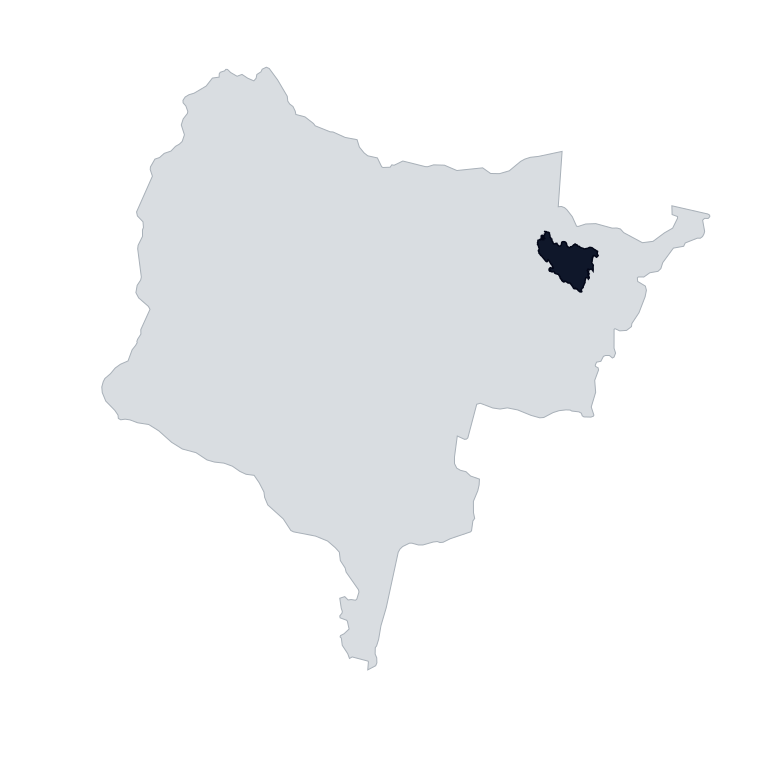 location of Mitwaba, Katanga, Democratic Republic of the Congo, rotated 283°
{"feature_id": "63176286B64695958976401", "entity_name": "Mitwaba", "entity_type": "district", "adm_level": 2, "iso_a3": "COD", "parent_name": "Democratic Republic of the Congo", "parent_adm1": "Katanga", "projection": "mercator", "projection_center": [27.057, -9.113], "detail": "fine", "context": "in_parent", "style": "filled", "palette": "ink", "viewbox_px": 768, "rotation_deg": 283, "n_neighbors": 0, "source": "geoboundaries", "source_scale": "gbopen_adm2", "svg_char_len": 9413}
<svg xmlns="http://www.w3.org/2000/svg" viewBox="0 0 768 768"><g transform="rotate(283 384 384)"><path d="M650.7,505.2L595.9,513.9L596.9,517.0L596.4,520.3L595.0,522.9L589.4,529.8L581.1,536.1L581.1,537.6L585.3,544.6L587.9,554.3L587.2,571.3L588.4,575.9L588.2,579.5L585.4,583.5L579.8,604.0L583.5,614.0L594.4,623.3L600.8,630.2L611.5,632.7L613.2,632.4L613.9,626.6L622.4,624.4L622.5,661.3L621.8,663.3L620.3,663.8L618.2,662.6L617.5,659.1L615.3,657.6L604.8,662.1L602.2,662.0L599.3,661.2L597.2,659.4L596.6,656.5L589.2,645.8L585.6,645.0L581.5,635.4L565.0,628.3L558.7,627.8L555.4,625.6L552.2,618.0L546.7,613.1L545.5,607.7L544.4,607.0L541.0,608.1L538.2,616.6L534.4,618.6L527.7,618.8L510.8,616.4L498.7,611.9L495.6,612.2L490.8,608.3L488.8,601.7L489.9,596.6L489.0,595.9L470.6,600.1L466.2,602.7L462.0,602.1L460.7,600.7L462.5,597.2L461.6,593.4L460.3,591.6L454.9,590.2L453.1,586.2L449.8,585.6L448.7,586.2L447.9,589.0L445.9,589.9L434.9,588.5L423.5,592.1L408.2,591.1L400.9,595.5L399.8,595.3L398.3,593.1L396.9,586.2L397.6,584.3L399.9,582.9L400.7,580.2L399.9,573.0L400.5,571.3L399.7,567.1L397.4,560.6L394.2,555.2L387.3,547.2L386.1,543.4L386.5,534.4L388.8,520.1L388.5,509.6L385.7,502.7L385.1,495.4L386.9,482.1L385.1,478.9L350.4,477.8L348.9,476.8L348.2,475.0L349.8,467.1L328.7,469.1L322.3,470.6L318.4,473.8L317.1,477.9L317.0,483.6L313.8,489.1L312.8,498.4L307.0,499.4L301.1,499.4L289.8,497.5L278.8,500.1L273.4,502.6L270.6,501.4L260.7,502.3L259.4,501.6L248.1,483.3L243.1,477.2L242.1,474.2L242.5,471.4L241.1,467.5L235.9,458.1L234.9,453.8L235.2,446.9L234.6,444.6L229.8,438.7L226.7,436.7L223.2,435.7L166.5,436.5L147.7,435.4L134.0,436.2L127.1,435.7L125.2,434.8L118.9,436.1L115.6,438.5L110.7,439.8L107.7,439.3L101.8,432.5L109.8,431.3L110.4,430.7L110.9,414.4L108.8,412.1L113.1,409.3L120.0,402.1L126.8,399.6L127.7,398.1L129.1,398.2L131.6,401.2L137.4,405.1L144.6,401.7L145.4,400.7L146.3,393.8L148.1,393.1L151.2,394.6L152.9,394.6L156.1,392.7L165.3,389.1L168.0,393.6L165.5,397.6L166.6,400.5L166.9,404.9L168.4,405.9L175.7,406.4L177.8,405.4L192.2,389.4L196.0,387.5L202.1,381.2L210.1,378.3L213.6,373.3L218.3,364.4L220.4,351.5L219.6,329.2L220.3,326.2L229.9,316.2L240.0,298.0L246.7,293.2L251.8,291.3L259.6,284.7L265.8,278.0L265.0,269.9L266.4,263.3L269.8,254.8L270.9,245.8L269.8,236.3L270.2,228.6L274.8,216.3L275.3,202.1L279.4,190.2L287.7,175.1L291.6,163.8L290.8,152.7L291.9,144.5L291.5,139.7L289.9,135.5L290.7,132.9L293.9,131.8L297.8,127.6L304.8,116.7L312.3,111.4L317.6,109.7L323.1,109.9L326.6,110.8L332.4,115.1L339.1,118.5L344.0,122.8L348.9,129.4L360.7,130.9L365.7,133.3L368.8,134.2L369.9,133.6L372.3,133.9L377.9,135.9L382.3,134.8L404.1,139.2L406.6,137.0L412.7,125.6L417.2,121.7L424.6,121.3L430.5,123.5L433.6,123.5L460.3,113.6L463.8,113.2L473.5,115.5L479.8,114.0L482.4,114.4L487.8,112.7L492.3,105.9L496.0,104.2L534.4,111.6L540.3,108.0L543.0,107.6L551.6,110.2L554.2,114.4L559.3,118.0L563.0,124.0L568.7,127.4L571.6,130.6L574.9,132.8L581.9,133.5L590.8,128.2L597.1,128.7L603.4,131.6L605.5,131.5L610.3,128.4L612.8,125.0L615.2,124.3L618.9,125.7L622.0,128.9L624.6,133.5L634.3,143.7L643.5,148.0L645.9,154.3L649.2,153.7L650.9,154.3L653.3,158.3L655.0,159.1L655.3,160.7L653.0,164.5L650.8,171.6L653.7,176.0L651.3,182.4L650.1,189.0L653.1,190.6L657.0,190.5L660.5,193.9L663.3,194.5L666.2,198.1L665.6,201.2L656.4,211.9L642.6,225.0L638.0,226.6L635.6,229.1L633.9,232.9L629.9,236.1L626.8,237.5L626.5,246.9L621.9,256.8L620.1,258.8L617.6,274.8L618.1,277.6L615.5,290.7L616.0,302.8L609.3,306.7L604.7,312.6L602.7,316.8L602.8,326.7L595.2,332.8L594.7,334.2L596.6,341.2L599.3,342.3L599.4,344.6L605.5,352.2L605.1,375.3L605.5,377.6L608.7,383.1L610.8,393.6L608.4,407.0L616.8,431.5L613.1,440.5L614.9,449.1L619.9,458.1L631.6,467.0L634.8,470.6L637.8,475.6L640.5,483.3L650.7,505.2Z" fill="#d9dde1" stroke="#a8b0b8" stroke-width="1"/><path d="M519.9,548.6L520.4,548.7L520.5,548.9L520.5,549.0L520.0,549.5L519.8,549.7L519.8,550.1L520.1,550.6L520.1,550.9L519.5,551.4L518.7,552.3L518.5,552.6L518.5,553.1L517.9,554.0L517.9,554.6L518.0,554.8L518.0,555.3L518.2,555.7L518.4,555.9L518.9,555.9L519.0,555.7L519.2,555.1L519.4,555.0L520.7,555.0L520.9,555.2L521.3,555.4L521.9,555.5L522.6,556.2L522.8,556.3L523.2,556.3L523.9,556.1L524.2,556.1L525.3,556.5L526.2,556.5L526.6,556.7L527.3,556.7L527.5,556.9L527.8,557.0L528.4,557.0L529.2,556.7L532.9,556.7L533.1,556.9L533.2,557.4L533.2,558.7L532.9,559.0L532.2,559.5L532.4,559.6L532.6,559.5L532.9,559.7L533.0,559.9L533.4,560.1L533.6,560.1L533.8,560.0L534.0,560.0L534.4,559.7L534.6,559.7L534.8,559.5L534.8,559.0L535.2,558.8L535.4,558.7L535.5,558.7L535.8,558.9L536.1,558.7L536.2,558.9L536.3,558.9L536.2,558.3L536.3,558.2L536.5,558.4L536.9,558.7L536.9,558.3L537.1,558.3L537.4,558.4L537.6,558.6L537.7,558.3L537.9,558.4L537.9,558.1L538.1,558.0L538.4,558.1L538.6,557.8L538.8,558.0L539.2,558.0L539.1,557.9L539.3,557.8L539.4,557.5L539.8,557.6L539.9,557.4L540.1,556.9L540.3,557.0L540.4,556.8L540.6,557.0L541.0,556.7L541.4,556.7L541.7,556.8L541.9,557.0L541.8,557.3L541.5,557.8L541.6,558.4L541.6,558.6L541.9,558.9L542.2,559.1L542.6,560.1L542.6,560.4L541.9,561.4L541.1,562.3L542.4,562.1L545.4,561.3L546.4,561.3L547.2,560.9L548.3,559.5L548.8,559.2L549.6,559.0L550.6,559.2L551.8,558.9L552.9,559.0L553.4,558.8L553.5,558.7L553.8,558.5L554.1,558.6L554.5,559.0L554.8,559.1L555.5,559.1L555.9,559.1L556.1,559.1L556.4,559.6L556.6,560.1L556.4,560.6L556.0,560.9L556.1,561.6L555.4,562.2L555.3,562.4L555.5,562.7L556.3,563.3L557.3,563.8L558.7,562.5L559.8,562.3L560.9,562.3L561.2,562.3L561.4,562.2L561.6,560.8L562.2,559.9L562.2,559.2L562.9,557.6L563.6,556.0L563.5,554.0L563.2,553.3L562.1,552.1L560.9,549.3L560.5,548.8L561.0,547.4L561.0,546.2L561.2,544.6L562.0,543.4L562.0,542.6L561.8,542.3L561.8,542.0L562.0,541.6L562.3,541.5L562.9,540.9L563.0,540.6L562.9,539.4L563.4,539.1L563.4,538.6L562.8,538.4L562.4,537.9L562.2,537.4L561.9,537.4L561.5,537.2L560.7,536.5L560.4,536.4L560.0,536.0L559.8,535.3L559.7,534.9L558.8,534.5L558.5,534.0L558.9,532.6L559.5,531.6L560.3,530.9L561.9,530.2L562.8,529.4L563.2,528.4L563.2,527.6L563.0,526.5L562.6,525.7L562.1,525.4L561.6,525.3L559.9,525.5L559.0,525.3L558.3,524.9L557.8,524.4L557.9,523.1L558.4,522.4L558.9,521.5L559.2,521.2L559.9,520.9L559.8,520.0L559.7,519.8L559.4,519.5L559.3,519.2L559.0,518.9L558.8,518.4L558.8,517.8L558.8,517.6L559.0,517.4L559.4,517.2L559.7,516.9L559.9,516.6L560.7,516.3L561.0,515.9L561.2,515.5L561.4,515.3L561.8,515.3L563.0,514.9L563.1,514.1L563.3,513.9L563.8,513.7L564.1,513.4L564.3,512.9L564.8,512.6L565.6,512.4L566.7,511.9L566.9,511.6L567.3,511.6L568.1,511.1L568.4,511.1L568.4,510.9L568.6,510.7L568.8,510.4L568.8,509.8L568.6,508.8L568.8,508.5L569.0,507.7L568.8,507.4L568.8,506.7L568.9,506.4L568.8,506.2L568.7,506.2L568.4,506.6L568.4,507.1L568.3,507.3L568.1,507.5L566.4,507.2L566.2,506.7L566.0,506.8L565.5,506.9L564.9,506.7L564.3,506.7L564.3,506.4L564.4,506.2L564.5,505.6L564.5,504.8L564.1,504.9L563.9,505.3L563.6,505.5L563.4,505.9L562.9,506.4L562.6,507.4L562.3,507.7L561.9,508.0L561.7,507.8L562.2,506.6L562.1,506.4L561.8,506.4L561.4,506.7L561.0,506.8L561.3,506.3L561.9,505.6L563.1,504.6L563.9,504.2L564.4,503.7L564.0,503.9L563.0,504.0L562.2,504.2L561.4,504.4L560.3,505.4L560.3,505.1L560.3,504.8L560.5,504.0L560.4,503.9L559.8,504.1L559.6,503.8L559.8,503.5L559.8,503.3L559.6,502.9L558.7,502.2L558.6,501.7L558.0,501.8L557.6,501.8L557.1,502.0L556.2,501.8L555.4,502.4L554.9,502.6L554.6,502.6L554.5,502.3L554.0,502.7L553.7,503.1L553.4,503.4L553.1,503.5L552.4,503.8L552.2,503.9L551.2,504.6L550.5,504.9L549.8,504.9L549.6,504.9L549.5,504.6L549.3,504.5L549.0,504.6L548.8,504.4L548.7,504.4L548.1,504.8L547.9,504.8L547.5,505.1L547.5,505.3L547.1,505.5L546.3,505.6L546.0,506.2L545.4,506.9L544.8,507.5L544.5,507.9L544.6,508.1L544.3,508.6L541.3,512.5L540.1,514.0L539.8,514.8L539.8,515.3L540.0,515.5L541.1,515.8L541.8,515.6L542.1,515.8L542.2,516.0L541.8,516.4L541.7,516.5L541.2,516.8L540.8,517.6L540.6,517.7L538.9,519.3L538.7,519.4L538.4,519.8L538.4,520.2L538.3,520.4L537.9,520.8L537.4,521.0L536.9,521.5L536.5,521.7L536.3,522.0L535.9,522.1L535.6,522.4L535.4,522.5L535.2,522.8L534.7,522.6L534.7,522.3L534.5,522.2L534.4,521.6L534.5,521.3L534.6,521.2L534.8,520.6L534.8,520.2L534.6,520.1L534.6,519.9L534.4,519.8L534.3,519.5L534.0,519.5L533.6,519.2L533.5,519.3L533.3,519.2L533.1,519.1L532.9,519.0L532.3,519.4L532.6,519.6L532.8,519.8L532.5,520.1L532.4,520.0L532.3,519.7L531.7,519.5L531.6,519.8L531.2,520.0L531.3,520.7L531.4,520.9L531.4,521.4L531.2,521.6L531.3,521.7L531.3,521.9L531.1,522.2L531.2,522.6L531.2,523.1L531.6,523.6L531.7,523.8L531.6,524.0L531.7,524.3L531.4,524.7L531.0,525.1L530.5,525.3L530.2,526.3L530.1,527.9L530.0,528.3L530.1,528.5L530.1,528.8L530.0,529.5L529.9,529.6L529.6,529.8L529.4,529.9L529.2,530.2L529.0,530.3L528.8,530.5L528.5,530.8L528.5,531.1L528.3,531.2L528.1,531.2L528.0,531.4L527.7,531.4L527.4,531.6L527.0,531.9L526.8,531.9L526.7,532.0L526.2,532.5L526.3,532.7L526.2,533.0L525.9,533.3L525.6,533.5L525.6,533.8L525.2,533.9L524.9,533.9L524.8,534.0L524.7,534.5L524.3,534.8L524.3,535.1L524.2,535.4L524.1,535.5L523.9,535.8L524.0,536.1L523.9,536.4L524.3,536.5L524.5,536.7L524.6,536.9L524.7,537.1L524.8,537.1L524.9,537.7L524.7,537.9L524.8,538.2L524.6,539.0L524.4,539.2L524.4,539.3L524.2,539.7L524.2,539.9L524.1,540.0L524.0,540.3L523.9,540.4L523.8,540.5L523.8,540.9L524.0,541.2L524.2,541.4L524.3,542.1L524.1,542.4L524.2,542.5L523.9,542.9L523.7,542.9L523.4,543.5L523.3,543.9L522.8,544.2L522.6,544.6L522.1,545.0L521.4,545.9L520.0,547.1L519.6,547.9L519.8,548.1L519.9,548.6Z" fill="#0f172a" stroke="#020617" stroke-width="1.5"/></g></svg>